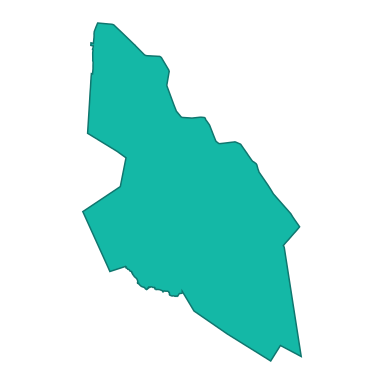 Praxedis G. Guerrero, Chihuahua, Mexico
{"feature_id": "50627088B15467303172714", "entity_name": "Praxedis G. Guerrero", "entity_type": "district", "adm_level": 2, "iso_a3": "MEX", "parent_name": "Mexico", "parent_adm1": "Chihuahua", "projection": "natural_earth1", "projection_center": [-105.952, 31.249], "detail": "fine", "context": "isolated", "style": "filled", "palette": "teal", "viewbox_px": 384, "rotation_deg": 0, "n_neighbors": 0, "source": "geoboundaries", "source_scale": "gbopen_adm2", "svg_char_len": 4593}
<svg xmlns="http://www.w3.org/2000/svg" viewBox="0 0 384 384"><path d="M299.6,226.8L294.5,219.5L292.6,216.7L290.8,213.7L273.3,193.8L272.6,192.6L271.3,190.4L268.0,185.2L259.0,172.1L258.6,170.7L258.0,169.2L257.2,166.2L256.8,164.8L256.1,163.7L254.4,162.4L253.7,161.9L252.6,161.3L252.1,160.7L251.5,159.9L248.7,155.9L247.6,154.3L247.1,153.5L243.1,147.8L240.7,144.3L240.2,144.0L236.0,142.2L235.1,141.9L234.6,141.9L234.0,142.0L230.4,142.4L225.6,143.0L222.1,143.4L220.2,143.6L219.6,143.6L218.8,143.5L216.1,141.4L215.6,140.5L214.3,137.2L214.2,137.0L209.6,125.2L209.1,124.4L206.5,120.7L205.8,119.9L205.3,118.4L205.0,117.9L204.2,117.5L201.1,117.2L200.3,117.2L191.8,118.1L190.8,118.0L183.2,117.5L182.1,117.4L181.1,116.9L180.6,116.3L177.9,113.0L176.3,111.1L176.0,110.2L173.9,104.9L167.0,86.2L166.8,85.1L167.1,83.5L168.9,73.0L169.2,71.6L168.8,70.1L161.4,57.6L160.7,57.0L159.7,56.4L147.0,55.7L146.9,55.7L145.5,55.4L144.3,54.7L135.4,45.7L135.2,45.3L134.3,44.6L121.8,32.5L116.5,27.5L113.8,24.9L112.5,24.4L111.3,24.2L108.7,24.0L97.7,23.0L97.0,24.5L96.9,24.9L96.0,26.9L95.3,28.8L94.3,31.4L94.2,32.1L94.1,33.3L94.0,34.0L94.1,35.0L94.0,37.4L93.9,38.3L93.4,43.5L92.7,43.2L91.8,43.0L91.0,42.8L90.8,45.4L91.1,45.5L91.7,45.6L92.1,45.7L92.4,45.8L92.7,45.8L93.2,45.9L93.3,45.9L93.3,46.4L93.2,46.8L93.0,48.0L92.8,48.2L92.6,49.0L92.5,49.6L93.1,50.0L92.8,51.8L92.7,52.8L92.7,53.8L92.8,60.1L92.7,60.3L92.8,60.9L92.9,61.4L93.1,62.1L93.1,62.7L93.0,65.6L93.0,67.3L93.0,69.0L92.6,73.1L92.5,73.7L92.5,73.9L91.4,73.6L91.3,75.0L91.1,77.0L91.0,79.2L90.9,80.0L90.6,85.4L90.5,87.4L90.1,92.7L89.9,96.2L89.5,103.0L87.6,133.3L117.0,151.3L126.0,157.8L120.3,186.6L82.8,211.6L108.0,267.2L109.9,271.5L125.6,266.4L126.1,266.8L125.9,267.4L125.9,267.7L126.1,268.0L126.3,268.1L126.7,268.1L127.0,268.3L127.3,268.5L127.5,268.8L127.6,269.1L127.8,269.3L128.1,269.4L128.5,269.4L128.9,269.7L129.4,269.9L129.8,270.7L130.1,271.1L130.3,271.2L130.7,271.3L131.0,271.4L131.3,271.4L131.5,271.5L131.7,271.8L131.8,272.2L131.7,272.6L131.9,273.0L132.2,273.1L132.5,273.3L132.6,273.5L132.6,274.3L132.8,274.6L133.2,274.9L133.4,275.2L133.8,275.7L134.1,276.2L134.2,276.5L134.5,276.8L134.9,277.0L135.1,277.2L135.3,277.5L136.0,278.0L136.3,278.3L136.6,278.5L137.1,279.5L137.2,279.8L137.4,280.0L137.5,280.3L137.6,280.5L137.6,280.9L137.8,281.5L137.6,282.2L137.5,282.6L137.5,283.0L137.6,283.3L137.8,283.4L138.1,283.3L138.3,283.2L138.6,283.2L138.7,283.7L138.8,284.0L139.2,284.4L139.5,284.7L139.7,284.9L140.0,285.2L140.3,285.5L140.8,285.9L141.3,286.4L142.2,286.7L143.1,287.1L143.7,287.2L144.1,287.3L144.3,287.6L144.9,288.0L145.1,288.2L145.2,288.5L145.5,289.0L145.8,289.1L146.1,289.1L146.4,289.2L146.7,289.3L146.8,289.5L147.1,289.3L147.2,289.1L147.4,289.0L147.5,288.8L147.5,288.7L147.8,288.6L148.1,288.5L148.2,288.4L148.2,288.2L148.1,287.9L148.1,287.7L148.3,287.6L148.6,287.8L148.8,287.8L148.9,287.7L148.7,287.3L148.7,287.1L148.8,287.1L149.0,287.0L149.3,287.1L149.5,287.2L149.7,287.3L149.8,287.4L150.0,287.3L150.0,287.2L150.1,286.9L150.3,286.9L150.4,287.0L150.5,286.9L150.9,286.8L151.1,286.9L151.3,286.8L151.5,286.8L152.4,287.1L153.0,287.5L153.3,287.5L153.9,287.4L154.5,287.4L154.7,287.5L154.8,287.6L154.9,287.8L154.8,288.4L154.8,288.6L154.8,288.8L155.1,288.8L155.3,288.9L155.6,289.0L155.8,289.2L155.9,289.4L156.0,289.6L156.3,289.6L156.7,289.5L157.1,289.4L157.6,289.5L158.2,289.5L158.8,289.5L159.2,289.6L159.7,289.7L160.1,289.8L160.6,290.0L161.2,290.3L162.2,290.7L162.8,291.0L162.7,291.3L162.8,291.6L162.8,291.8L163.0,291.9L163.3,291.8L163.6,291.5L163.8,291.2L164.1,291.0L164.5,290.9L165.0,291.1L165.5,291.2L166.3,291.2L167.0,291.2L167.8,291.3L168.3,291.5L168.6,291.8L168.7,292.2L169.3,292.5L169.3,293.0L169.3,293.4L169.4,293.6L169.5,293.9L169.6,294.0L169.5,294.3L169.4,294.5L169.6,295.0L170.9,295.6L171.3,295.8L171.7,295.9L172.3,296.0L172.5,295.9L172.9,295.9L173.1,295.9L173.4,295.8L173.7,295.8L174.0,295.9L174.6,296.2L175.0,296.3L175.3,296.3L175.5,296.3L175.6,296.2L175.9,296.0L176.2,296.0L176.5,296.2L176.9,296.4L177.0,296.4L177.1,296.2L177.3,296.2L177.5,296.1L177.8,296.0L177.8,295.6L178.1,295.4L178.5,294.9L178.8,294.3L179.0,294.1L179.4,293.6L179.8,293.4L180.1,293.4L180.3,293.5L180.9,293.4L181.4,293.3L181.7,293.3L182.0,293.2L182.4,292.8L182.5,292.4L182.5,292.1L182.4,291.9L182.2,291.7L182.2,291.3L194.0,311.0L226.9,333.7L227.8,334.3L270.7,361.0L280.4,345.5L301.2,356.5L285.5,255.6L284.4,248.4L284.2,247.2L283.3,245.6L283.9,244.9L284.4,244.3L284.5,244.1L286.7,241.6L289.2,238.9L289.3,238.7L291.0,236.8L291.3,236.4L292.0,235.6L294.2,233.1L294.3,233.0L295.5,231.7L296.1,231.0L296.8,230.2L298.3,228.4L299.6,226.8Z" fill="#14b8a6" stroke="#0f766e" stroke-width="1.5"/></svg>